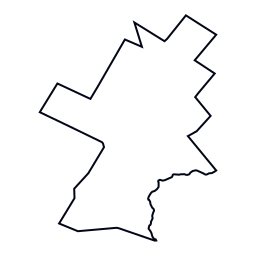 Caledonia, Vermont, United States of America
{"feature_id": "52423323B73732041573461", "entity_name": "Caledonia", "entity_type": "district", "adm_level": 2, "iso_a3": "USA", "parent_name": "United States of America", "parent_adm1": "Vermont", "projection": "robinson", "projection_center": [-72.042, 44.463], "detail": "fine", "context": "isolated", "style": "outline", "palette": "ink", "viewbox_px": 256, "rotation_deg": 0, "n_neighbors": 0, "source": "geoboundaries", "source_scale": "gbopen_adm2", "svg_char_len": 1302}
<svg xmlns="http://www.w3.org/2000/svg" viewBox="0 0 256 256"><path d="M216.2,170.5L187.9,136.1L196.7,131.2L210.6,115.9L195.2,97.1L198.3,93.1L214.7,73.5L194.7,60.3L216.2,34.7L185.9,15.4L167.0,39.0L164.5,41.2L134.4,22.5L141.9,46.8L124.9,39.5L98.0,86.2L90.4,98.9L57.4,83.5L41.1,110.0L39.8,112.2L73.2,128.2L102.0,142.2L103.0,143.5L104.0,147.2L88.3,173.3L74.2,188.7L74.5,198.2L59.1,223.5L77.9,231.2L116.6,227.8L119.0,228.3L154.7,240.6L156.2,240.5L155.7,239.4L154.1,239.0L152.5,236.8L151.2,232.5L150.0,230.5L148.6,228.7L149.1,226.1L149.4,225.5L150.4,224.8L150.7,224.2L151.0,222.7L150.9,221.9L152.5,218.7L152.5,218.4L152.6,218.0L152.3,216.6L152.3,215.4L153.2,212.6L154.0,210.8L153.9,209.8L153.4,208.7L152.2,207.7L150.5,204.3L150.1,201.6L149.1,199.9L148.5,199.8L148.1,198.8L148.8,196.5L150.8,193.2L152.4,191.6L154.5,191.1L156.7,189.4L157.2,188.9L158.3,187.4L158.6,186.7L158.6,185.7L158.6,182.3L158.2,181.7L158.4,180.6L159.6,179.9L160.6,180.0L162.5,180.6L163.9,180.4L165.3,180.0L167.5,179.0L171.7,177.2L172.2,176.6L172.8,174.8L173.8,174.3L179.1,174.7L180.6,174.3L184.4,174.2L186.3,174.9L187.3,174.9L189.2,174.3L190.4,172.6L192.7,171.0L195.8,170.3L197.1,170.6L203.2,173.3L205.0,174.4L206.0,174.6L206.7,174.5L209.1,173.3L211.8,173.1L214.3,171.8L216.2,170.5Z" fill="none" stroke="#020617" stroke-width="2"/></svg>